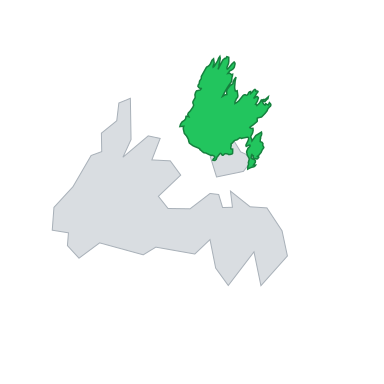 map of Ireland with United Kingdom greyed out, rotated 132°
{"feature_id": "IRL", "entity_name": "Ireland", "entity_type": "country or territory", "adm_level": 0, "iso_a3": "IRL", "parent_name": "Europe", "parent_adm1": "", "projection": "natural_earth1", "projection_center": [-8.443, 53.42], "detail": "fine", "context": "with_neighbors", "style": "filled", "palette": "green", "viewbox_px": 384, "rotation_deg": 132, "n_neighbors": 1, "source": "natural_earth", "source_scale": "50m", "svg_char_len": 4449}
<svg xmlns="http://www.w3.org/2000/svg" viewBox="0 0 384 384"><g transform="rotate(132 192 192)"><path d="M153.6,201.9L125.4,196.8L129.6,182.7L125.3,168.7L142.3,167.6L164.4,183.8L153.6,201.9ZM217.7,214.1L220.3,198.8L205.8,182.2L181.0,177.6L176.0,170.5L183.1,158.9L176.3,151.7L165.6,164.0L164.1,138.9L153.7,125.7L160.6,99.1L175.7,78.3L215.5,78.1L195.0,105.9L237.2,102.5L232.7,123.5L215.3,146.8L236.2,148.4L257.2,182.0L271.3,186.2L291.6,226.6L316.8,231.7L315.2,248.7L305.0,256.5L313.9,270.3L295.8,284.3L267.7,284.0L232.3,291.4L222.4,286.1L208.9,298.7L189.4,295.6L174.8,305.9L163.6,300.5L193.8,272.4L212.4,266.6L179.6,262.1L173.5,251.5L195.0,243.3L183.4,229.0L187.0,211.7L217.7,214.1Z" fill="#d9dde1" stroke="#a8b0b8" stroke-width="1"/><path d="M132.5,169.8L129.3,171.4L128.8,172.1L127.9,174.6L127.8,175.4L126.7,176.7L125.8,178.2L124.6,178.8L122.9,179.3L122.0,179.7L120.7,179.5L119.2,179.5L118.4,180.1L118.5,180.5L118.9,180.9L120.3,181.6L121.8,182.2L121.6,182.8L120.8,183.4L115.7,184.9L114.2,185.9L113.7,186.5L114.2,187.5L118.3,190.6L119.0,190.9L119.6,192.7L123.2,193.5L124.7,194.6L126.0,194.9L128.7,194.8L129.9,195.2L130.5,194.9L130.8,194.3L133.2,192.8L133.9,192.1L133.5,191.2L132.9,190.5L134.4,189.1L136.1,187.7L136.9,187.7L138.4,188.6L139.6,189.7L139.8,190.7L140.0,191.3L141.1,192.8L141.9,193.3L143.9,193.5L144.4,194.1L144.0,196.2L144.3,196.9L146.4,196.9L148.6,196.7L149.4,196.8L150.2,196.4L151.4,195.9L153.2,196.1L154.0,197.0L154.4,197.9L152.9,198.3L151.3,198.1L150.6,198.7L150.5,199.9L151.1,201.5L152.2,202.6L153.0,205.1L153.8,207.9L154.9,209.5L155.1,211.6L155.0,212.6L155.2,214.5L154.7,215.1L155.1,216.8L156.4,220.4L157.0,222.4L157.4,226.7L156.5,228.3L155.3,229.9L154.6,231.7L154.0,233.7L153.6,236.9L151.0,240.6L149.9,241.6L148.6,242.1L151.5,244.8L149.2,245.9L146.6,246.3L143.8,245.6L142.0,245.7L140.4,246.6L139.8,247.1L139.3,246.8L138.2,244.7L137.4,246.9L135.8,247.6L133.0,247.5L128.4,248.1L126.6,248.7L125.8,249.7L125.3,250.8L124.6,251.5L123.7,251.9L120.1,252.7L119.4,253.0L117.8,254.9L115.6,256.0L113.8,256.3L112.2,255.2L111.5,254.6L110.7,254.2L108.3,254.3L109.1,254.6L109.6,255.4L109.8,256.8L109.5,258.3L108.3,259.0L106.8,259.1L104.5,260.6L101.5,261.0L99.9,262.4L89.8,264.7L89.2,264.7L87.8,264.1L86.3,263.9L84.8,264.0L80.6,265.3L78.6,265.1L81.2,261.9L84.7,260.3L85.1,259.8L83.9,259.6L77.3,260.7L74.9,261.7L72.6,262.0L73.7,260.5L76.7,258.5L78.3,257.5L79.3,257.2L80.4,256.0L83.5,254.7L73.4,257.4L70.8,257.1L70.2,256.3L68.1,256.7L67.3,254.8L70.4,252.0L72.2,250.8L74.3,250.1L76.4,249.2L77.1,248.0L76.2,247.7L70.1,248.0L67.2,247.7L67.3,246.8L67.9,245.8L70.9,244.1L72.6,243.8L74.0,244.0L75.4,244.4L76.6,245.0L80.0,244.7L78.6,243.6L78.4,241.3L77.3,240.6L78.7,239.6L80.3,238.9L83.0,236.8L83.9,236.5L89.2,235.9L94.9,234.8L100.5,233.3L97.6,232.4L96.3,231.3L94.0,233.6L92.4,234.5L87.9,234.9L86.5,234.7L84.4,234.0L83.8,234.2L83.2,234.8L80.2,235.9L77.1,236.2L80.8,234.1L85.4,230.6L86.5,229.5L87.9,227.5L87.5,226.7L86.5,226.2L89.9,222.2L91.1,221.5L93.2,221.4L94.8,220.7L95.5,220.7L96.1,220.5L97.5,219.3L95.4,218.6L93.2,218.2L86.4,218.6L85.5,218.5L84.7,218.1L84.1,217.6L83.7,216.2L83.2,215.9L81.7,215.9L80.2,216.4L79.1,216.3L78.1,215.7L79.7,214.3L77.6,214.0L75.4,214.3L73.6,213.9L73.6,213.0L74.4,212.1L73.4,211.3L73.1,210.3L74.3,209.8L75.5,210.0L78.1,209.2L81.3,208.8L78.5,208.1L77.4,207.4L77.4,206.4L77.6,205.6L80.8,204.2L84.3,203.5L84.0,202.6L84.3,201.6L80.8,201.3L77.4,202.0L77.8,200.0L78.6,198.3L78.8,197.1L78.6,195.9L77.0,196.4L76.8,194.7L76.2,193.5L73.8,194.3L73.9,192.7L74.5,191.6L75.8,191.1L77.0,191.3L79.3,191.3L81.5,190.5L84.7,190.3L89.7,190.5L93.2,192.9L94.1,192.5L95.5,191.0L96.1,190.8L101.4,191.5L104.6,192.3L105.5,192.1L105.0,190.4L103.9,189.3L105.3,187.8L107.0,186.8L108.1,186.3L110.8,185.7L111.9,185.1L112.7,183.2L113.9,181.6L107.3,182.4L101.0,180.5L102.0,179.2L103.3,178.4L105.6,177.8L105.8,177.1L107.0,176.6L108.9,175.1L108.2,173.1L108.6,171.6L110.0,170.7L110.4,169.3L111.0,168.3L113.8,168.0L116.5,167.1L117.4,167.1L120.6,166.9L121.7,167.3L121.4,165.7L123.3,165.5L124.1,165.8L124.4,166.9L125.3,167.7L125.6,169.0L125.0,170.0L124.0,170.7L124.9,171.5L123.5,172.9L125.1,172.3L127.2,170.9L127.1,169.8L126.7,168.4L126.1,167.1L126.4,165.7L127.6,164.8L130.8,164.3L129.4,162.7L130.6,162.6L131.9,162.9L133.7,164.2L135.7,165.2L137.7,165.9L135.8,167.5L133.4,168.6L132.5,169.8ZM76.7,200.7L76.6,201.4L75.1,200.5L74.4,199.5L70.2,199.0L71.9,198.0L72.8,198.3L75.7,198.3L76.5,198.7L76.7,200.7Z" fill="#22c55e" stroke="#15803d" stroke-width="1.5"/></g></svg>